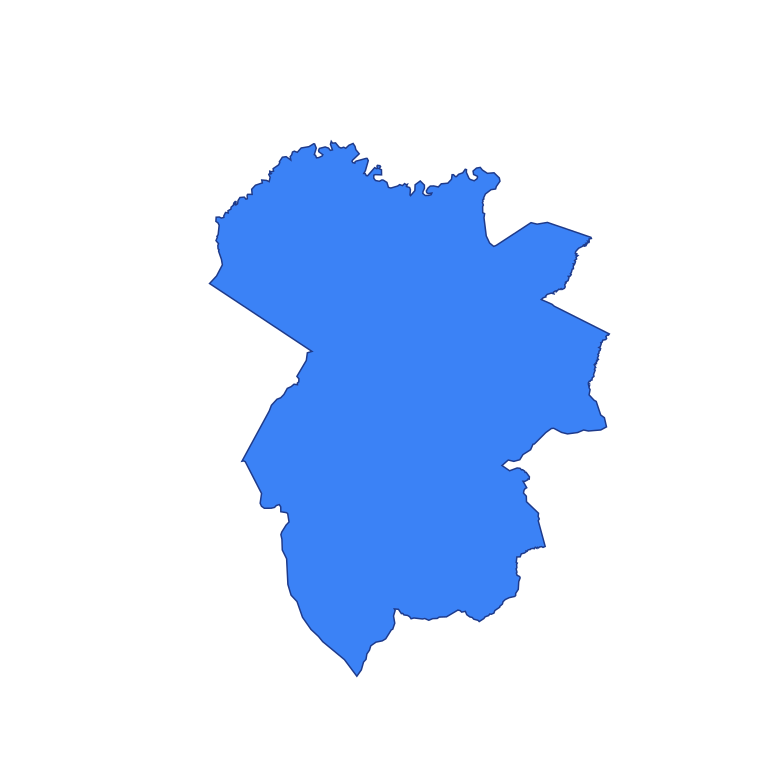 the district of Lufwanyama, Copperbelt, Zambia, rotated 219°
{"feature_id": "96606910B27641216908272", "entity_name": "Lufwanyama", "entity_type": "district", "adm_level": 2, "iso_a3": "ZMB", "parent_name": "Zambia", "parent_adm1": "Copperbelt", "projection": "robinson", "projection_center": [27.285, -12.951], "detail": "fine", "context": "isolated", "style": "filled", "palette": "blue", "viewbox_px": 768, "rotation_deg": 219, "n_neighbors": 0, "source": "geoboundaries", "source_scale": "gbopen_adm2", "svg_char_len": 6171}
<svg xmlns="http://www.w3.org/2000/svg" viewBox="0 0 768 768"><g transform="rotate(219 384 384)"><path d="M314.7,160.2L300.5,151.4L286.2,147.3L276.1,146.6L269.5,145.2L241.3,144.9L221.2,139.8L221.7,147.6L224.9,155.0L224.7,158.7L227.4,163.4L227.8,168.0L229.5,172.2L227.8,178.3L223.7,183.3L222.3,187.1L223.6,197.6L222.9,198.9L225.1,204.9L230.6,209.7L232.8,215.0L234.4,215.7L231.0,218.0L226.0,216.5L225.1,217.5L223.2,217.1L220.0,219.0L217.7,219.3L215.2,218.6L213.5,221.0L206.2,225.6L204.7,227.4L200.5,228.6L198.5,232.3L195.1,235.3L194.4,237.6L188.9,242.4L184.3,254.8L182.2,255.8L180.1,255.6L177.7,258.5L174.5,256.8L170.7,257.0L168.5,258.1L166.3,257.7L162.2,259.5L160.5,259.3L158.8,264.5L158.9,266.7L157.0,269.8L157.0,271.9L155.8,272.5L154.4,275.1L155.3,277.7L153.6,283.3L154.1,284.0L153.5,287.5L154.5,289.8L154.1,292.8L152.2,296.8L148.7,301.2L148.6,302.5L149.9,304.1L150.4,308.9L154.9,315.2L156.2,319.0L157.4,319.7L160.2,319.1L162.2,320.4L162.2,321.4L165.0,323.5L165.1,324.8L167.4,327.2L167.7,328.7L168.9,328.5L171.9,333.2L169.4,335.4L170.4,338.4L168.4,341.2L167.9,343.3L168.4,343.7L167.5,344.1L167.6,345.9L166.2,347.4L166.4,348.0L164.6,350.2L163.6,350.4L163.7,352.3L161.7,352.5L162.0,353.6L160.7,353.9L160.6,355.1L159.2,356.8L157.6,357.1L156.5,359.2L178.1,374.8L178.4,376.8L180.9,378.1L182.6,380.8L199.2,382.2L202.8,386.4L206.9,387.0L208.3,389.4L208.5,391.4L207.8,393.2L214.7,395.9L213.3,396.9L212.0,400.0L212.3,400.9L211.3,401.5L212.6,403.4L217.9,404.8L218.7,404.1L219.8,404.8L222.4,404.6L223.2,403.8L225.2,404.1L227.7,402.5L231.8,395.6L241.0,394.9L239.6,403.1L234.4,405.6L230.8,410.6L231.6,416.6L228.7,425.2L230.3,431.0L229.4,432.0L227.7,448.1L225.9,454.8L224.2,456.4L215.6,458.1L210.0,460.7L203.0,468.1L199.9,473.9L195.6,476.1L186.6,484.7L184.1,490.7L191.5,496.5L196.1,496.3L208.1,504.0L210.6,503.6L217.8,504.6L220.3,509.3L222.4,510.2L223.3,512.1L223.7,511.4L225.0,512.4L224.6,513.4L225.9,513.4L226.2,515.4L225.5,515.7L225.7,517.1L224.9,517.9L226.1,520.0L225.6,522.0L227.2,523.4L228.6,527.7L229.5,527.6L230.2,529.1L229.8,530.0L232.8,531.3L232.7,532.3L231.9,532.4L232.6,533.4L231.9,533.8L232.9,534.9L232.8,536.2L233.6,536.3L232.8,538.0L234.5,538.5L235.1,541.1L236.5,541.7L236.3,543.1L237.6,545.0L237.2,546.0L238.0,547.9L240.0,547.6L239.4,549.1L240.5,552.1L241.5,552.5L240.8,554.0L241.6,555.6L239.7,558.0L239.6,559.4L241.5,560.6L241.2,562.6L240.3,563.2L240.4,564.7L300.5,551.6L303.6,551.7L314.9,548.6L314.5,551.3L313.0,553.6L313.7,554.1L313.6,556.3L311.2,559.9L308.7,561.0L310.1,561.8L309.5,563.9L308.7,564.9L308.2,564.3L307.8,567.7L306.6,568.2L306.4,569.6L305.2,569.4L304.0,571.9L304.3,573.5L306.1,575.0L306.1,577.2L307.0,577.3L306.0,580.2L307.2,583.1L308.5,583.6L307.3,584.7L307.3,586.8L308.6,587.1L308.5,588.4L310.0,591.7L309.3,592.8L311.2,594.8L311.2,596.2L312.4,596.5L311.4,597.4L312.2,599.6L313.6,599.9L313.0,602.4L314.6,603.4L314.2,605.9L316.1,605.0L316.2,606.5L317.5,605.9L318.4,607.4L318.2,612.0L316.3,616.1L316.5,617.5L315.8,618.4L315.8,617.4L315.1,617.1L314.1,618.5L314.5,620.7L315.5,620.6L313.9,622.8L315.5,623.2L314.3,624.0L315.9,625.7L314.4,627.6L315.5,628.2L358.7,612.4L365.6,604.6L371.3,601.9L384.0,562.4L385.3,560.0L390.6,560.0L397.7,563.4L410.9,576.1L413.0,579.7L415.1,579.3L419.0,583.9L419.4,585.6L421.7,586.9L422.0,588.3L423.1,589.0L422.8,590.7L423.6,591.0L424.8,595.5L423.1,602.4L420.0,605.8L421.0,608.2L421.5,614.6L424.1,616.7L431.4,617.4L436.2,612.8L442.2,612.2L445.5,612.9L448.0,610.0L448.8,605.5L446.2,603.2L442.2,604.2L441.5,603.7L440.9,601.9L441.8,598.7L445.8,597.2L447.5,597.4L453.2,600.3L454.8,602.5L456.0,602.0L455.7,597.7L458.0,593.9L458.2,590.8L459.1,590.1L461.7,590.4L462.8,589.5L460.4,585.6L460.8,580.2L465.5,575.6L465.8,571.3L470.0,569.2L472.6,566.9L473.1,564.0L472.6,560.7L471.3,559.6L469.5,559.8L467.0,562.5L466.5,560.8L467.9,558.7L470.6,556.4L473.7,556.5L474.8,558.1L475.7,561.5L477.8,564.0L483.6,564.6L485.2,558.4L481.7,553.7L481.9,547.1L482.8,547.3L485.7,551.6L487.7,552.8L490.8,551.6L491.5,553.9L492.1,552.8L494.1,552.7L494.5,549.8L497.3,548.8L498.0,546.4L502.0,540.6L504.3,539.6L508.6,542.5L512.8,542.0L514.0,541.3L515.2,538.6L518.7,536.8L521.5,537.5L523.3,539.8L522.7,541.1L517.5,545.0L520.8,548.9L523.5,548.3L523.4,550.7L524.6,551.1L526.7,549.8L526.6,548.9L524.7,547.4L525.4,546.6L527.4,546.3L527.8,535.5L528.9,534.8L531.0,535.7L532.2,534.9L532.7,538.1L536.8,547.7L539.0,548.7L539.8,548.2L545.9,539.7L546.3,538.6L545.7,537.3L547.6,536.4L549.1,537.0L549.3,538.2L548.1,547.3L553.4,548.4L556.0,550.4L559.4,551.5L561.5,547.5L562.1,543.1L564.3,542.7L565.9,540.3L568.0,539.8L573.4,540.9L575.6,538.8L577.7,539.4L576.5,536.6L571.4,533.5L572.7,531.8L575.6,532.4L578.9,531.2L582.4,526.5L581.9,524.5L580.8,523.5L575.8,523.7L575.6,522.1L577.2,518.9L578.8,517.3L581.1,518.6L582.5,518.4L585.1,524.7L589.0,526.9L589.8,526.5L591.7,521.2L596.9,515.3L597.2,509.5L600.2,508.5L601.1,506.7L599.9,503.8L600.0,501.7L597.4,499.4L603.1,499.1L605.7,496.3L605.2,490.9L604.3,490.4L603.8,487.9L605.7,481.6L603.8,479.9L605.0,478.2L606.7,477.5L605.7,476.4L604.0,476.6L604.2,475.9L605.5,475.6L605.4,474.3L602.6,473.0L600.6,469.0L603.4,468.3L607.4,465.6L605.1,463.7L609.0,457.6L609.4,452.1L605.8,448.4L609.3,445.6L609.2,444.6L606.8,442.0L607.6,440.8L610.2,441.3L613.3,438.3L612.9,434.8L611.2,431.9L611.8,429.9L612.6,429.6L613.1,429.9L613.0,431.6L613.8,432.6L614.5,432.2L614.6,430.1L613.6,428.0L614.1,425.2L613.0,423.5L614.3,420.5L612.7,418.9L615.1,417.6L614.3,413.9L613.3,412.7L614.8,410.6L617.1,410.1L619.4,408.0L617.0,404.6L614.3,404.7L612.0,403.6L606.9,395.7L606.7,393.5L605.9,393.3L604.8,389.7L600.9,388.9L600.3,387.1L598.0,384.6L596.9,384.6L596.1,383.1L588.7,378.5L584.6,374.9L582.1,362.6L582.8,352.3L460.5,364.0L463.2,360.0L459.2,353.4L456.5,335.1L453.4,334.5L451.6,332.0L451.9,330.2L450.8,329.0L453.8,327.2L454.5,323.5L456.4,319.7L455.2,312.9L455.6,308.3L457.6,304.8L458.1,296.6L456.2,290.8L445.8,234.6L444.7,235.9L442.9,236.3L410.3,221.9L405.2,213.4L402.3,211.9L398.8,212.1L393.5,216.5L391.4,219.2L391.2,221.8L389.5,224.4L386.9,223.5L383.8,219.8L378.7,222.7L377.2,222.6L371.0,217.0L371.3,212.8L370.3,204.6L369.3,202.0L365.6,199.1L358.6,191.0L349.7,186.9L332.5,167.7L323.3,161.4L314.7,160.2Z" fill="#3b82f6" stroke="#1e3a8a" stroke-width="1.5"/></g></svg>